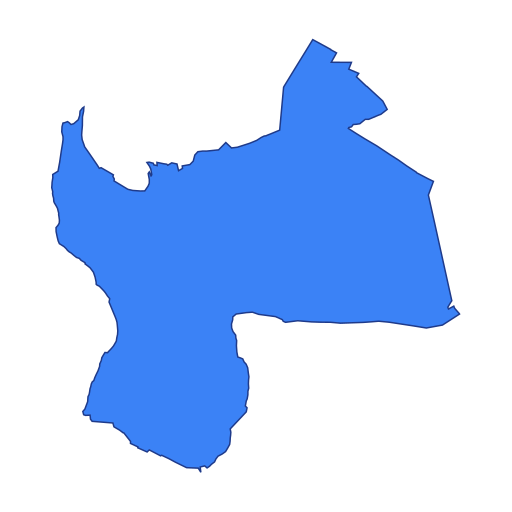 outline of Atzala, Puebla, Mexico, rotated 356°
{"feature_id": "50627088B72086785897406", "entity_name": "Atzala", "entity_type": "district", "adm_level": 2, "iso_a3": "MEX", "parent_name": "Mexico", "parent_adm1": "Puebla", "projection": "natural_earth1", "projection_center": [-98.548, 18.547], "detail": "fine", "context": "isolated", "style": "filled", "palette": "blue", "viewbox_px": 512, "rotation_deg": 356, "n_neighbors": 0, "source": "geoboundaries", "source_scale": "gbopen_adm2", "svg_char_len": 3825}
<svg xmlns="http://www.w3.org/2000/svg" viewBox="0 0 512 512"><g transform="rotate(356 256 256)"><path d="M185.9,467.9L185.6,462.6L190.2,461.8L192.4,464.0L195.0,462.5L197.0,460.7L200.3,458.5L201.9,455.6L204.2,453.0L208.4,451.2L212.0,449.0L214.3,445.7L216.6,442.1L217.2,439.1L217.6,435.8L218.2,432.9L218.6,430.0L218.2,426.7L235.4,410.8L236.5,406.8L234.9,404.9L236.2,399.8L237.2,398.0L238.2,394.0L238.5,390.3L239.5,387.4L239.5,383.0L239.9,379.3L240.5,376.0L240.2,372.4L239.9,366.9L238.6,363.2L236.7,360.8L235.6,357.7L233.4,356.6L230.8,355.5L230.2,350.4L230.2,344.1L230.8,339.0L230.2,336.5L230.2,333.5L227.8,329.8L226.7,326.1L226.8,322.1L228.3,318.0L228.6,315.1L232.2,312.5L242.6,311.8L248.5,311.8L254.6,314.4L271.2,317.8L277.8,321.3L278.6,323.0L280.8,324.2L293.1,323.5L306.8,325.6L315.6,326.5L325.6,327.3L335.6,328.9L358.1,329.7L366.5,329.7L373.8,329.6L384.1,331.3L407.7,336.6L420.9,339.7L437.2,337.9L455.0,328.1L454.8,327.7L450.5,322.0L449.8,319.8L444.3,322.3L443.9,320.8L443.8,320.4L447.1,315.7L448.2,314.3L436.3,234.3L432.2,207.2L438.2,193.9L437.8,193.7L432.8,190.8L422.1,184.2L421.7,183.5L412.7,176.7L404.9,170.3L397.2,164.6L384.1,154.5L372.6,146.6L364.0,140.4L357.0,135.2L357.5,134.3L360.3,133.8L362.2,131.6L365.2,131.6L368.8,131.3L374.5,127.3L378.0,127.5L388.2,124.0L390.4,123.4L397.1,118.9L393.3,110.3L378.7,94.8L378.4,94.5L378.0,94.4L368.7,84.3L371.2,81.0L361.6,76.1L364.7,69.5L344.6,68.0L350.5,59.0L344.9,55.4L344.9,55.1L327.7,44.1L318.6,56.9L318.5,57.0L308.1,71.5L295.7,88.9L295.3,89.6L288.4,132.1L278.2,135.5L275.6,136.3L274.4,136.8L272.5,136.9L269.5,138.1L264.8,140.7L257.6,143.1L250.7,144.8L245.0,146.2L239.1,146.5L233.8,140.7L226.1,147.5L213.9,147.9L210.3,147.6L205.3,147.9L202.0,151.0L200.0,157.0L196.4,160.2L188.7,161.0L188.7,161.7L188.8,163.5L184.7,165.5L183.6,158.7L178.4,157.2L174.3,159.3L173.4,158.2L170.6,157.6L163.7,155.7L163.7,158.9L160.5,158.0L160.0,156.3L155.9,154.9L153.7,155.1L156.0,159.0L157.1,162.0L157.7,167.5L157.2,168.6L156.9,168.8L155.4,164.7L154.2,166.2L154.9,172.3L154.6,176.0L153.2,178.8L149.6,183.3L145.3,183.1L137.6,182.0L132.8,180.5L119.6,171.2L120.0,169.3L118.8,166.6L119.4,165.1L115.9,162.7L107.6,157.1L105.8,157.6L103.8,153.9L97.4,143.0L92.6,135.0L92.4,133.9L91.4,130.3L90.7,127.8L90.5,123.2L90.9,120.2L91.9,113.8L92.6,105.1L94.1,99.7L94.7,95.4L93.2,96.3L90.6,99.2L89.9,103.6L88.2,107.7L83.4,111.3L80.6,111.9L79.0,110.1L77.4,108.8L74.7,109.6L72.7,109.9L71.5,113.5L70.9,118.6L71.8,123.5L71.6,126.6L70.8,130.5L69.1,137.7L66.7,148.7L64.4,157.6L58.9,160.5L58.8,163.6L57.7,168.4L57.4,170.9L57.0,173.6L57.4,175.8L57.7,177.8L57.4,179.5L57.6,181.8L58.1,184.1L58.1,187.3L58.5,188.8L60.1,191.9L61.3,194.6L61.9,198.1L62.2,199.4L62.0,201.1L62.2,203.1L62.4,206.6L62.0,209.5L60.5,211.7L58.5,213.7L58.3,217.7L59.0,223.1L59.7,227.1L60.7,230.0L62.9,231.6L65.1,233.2L67.1,235.4L68.3,237.2L70.0,238.9L71.4,239.8L72.5,240.8L74.4,242.7L76.8,244.9L79.7,246.1L80.8,247.7L81.9,248.6L84.8,250.6L85.2,251.3L84.9,251.9L89.6,256.1L91.5,259.0L92.7,260.9L94.0,265.8L94.7,271.0L94.6,273.1L95.6,274.1L96.8,274.7L97.8,275.4L99.3,277.2L100.4,278.5L101.8,280.2L103.2,282.2L105.1,285.6L107.1,288.4L106.2,291.7L111.3,306.9L112.1,309.5L112.7,312.4L112.8,314.9L112.9,321.0L112.4,324.7L111.9,326.2L111.4,328.0L110.7,331.2L107.6,335.8L105.4,338.1L102.0,341.2L101.2,342.1L98.6,341.7L96.8,344.2L95.1,346.7L94.4,349.4L92.6,352.8L92.3,355.2L90.4,359.5L88.2,363.3L86.6,366.3L85.5,369.0L83.9,370.1L82.8,372.1L82.0,374.9L81.2,376.8L80.5,380.0L79.9,382.4L78.6,384.6L77.9,389.6L74.6,396.8L72.4,399.0L73.0,402.3L74.8,403.1L79.4,403.2L79.5,407.2L81.0,409.5L101.6,412.6L102.4,416.5L107.8,420.2L111.1,423.1L111.8,423.2L117.9,432.2L117.7,434.2L124.9,438.2L124.7,439.1L133.7,443.9L136.0,442.0L146.9,448.7L148.0,448.2L154.8,452.0L161.1,456.0L172.0,462.3L183.6,463.6L185.9,467.9Z" fill="#3b82f6" stroke="#1e3a8a" stroke-width="1.5"/></g></svg>